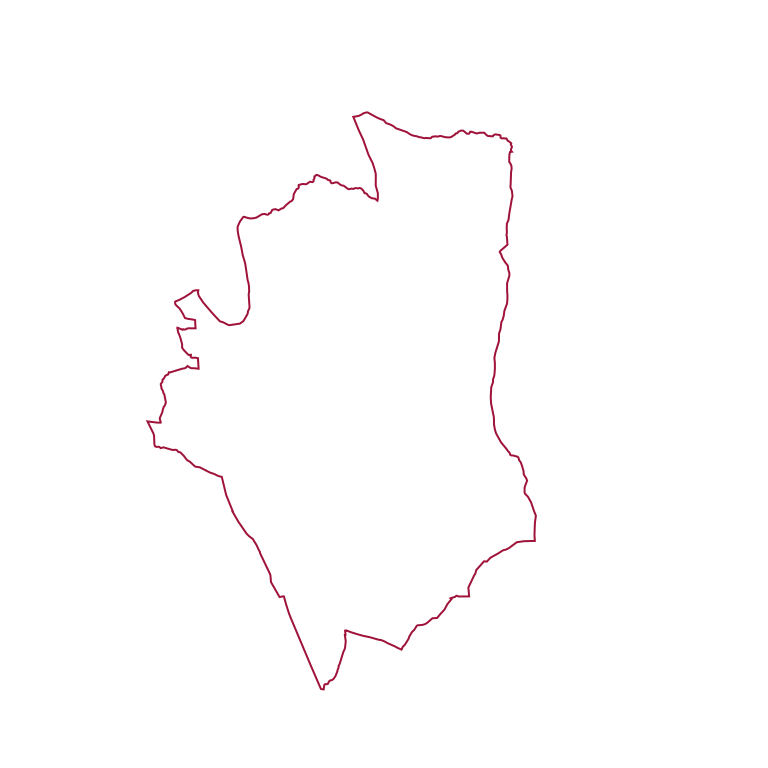 Firavitoba, Boyacá, Colombia (Equal Earth projection), rotated 135°
{"feature_id": "7082276B66462160006857", "entity_name": "Firavitoba", "entity_type": "district", "adm_level": 2, "iso_a3": "COL", "parent_name": "Colombia", "parent_adm1": "Boyacá", "projection": "equal_earth", "projection_center": [-73.017, 5.676], "detail": "fine", "context": "isolated", "style": "outline", "palette": "rose", "viewbox_px": 768, "rotation_deg": 135, "n_neighbors": 0, "source": "geoboundaries", "source_scale": "gbopen_adm2", "svg_char_len": 6142}
<svg xmlns="http://www.w3.org/2000/svg" viewBox="0 0 768 768"><g transform="rotate(135 384 384)"><path d="M644.2,212.8L642.6,210.7L639.0,213.4L638.3,213.5L637.9,213.4L636.9,212.3L635.9,211.7L632.6,212.6L631.7,212.4L629.8,211.3L627.9,211.2L624.8,211.8L620.0,213.9L618.9,214.7L616.9,215.5L615.2,216.8L612.9,217.6L602.2,223.3L599.6,224.2L597.7,225.3L592.9,229.2L589.1,234.3L588.5,233.9L586.0,237.0L585.3,236.2L584.9,236.4L582.5,231.1L579.1,224.7L576.6,220.3L573.2,215.2L568.7,207.1L567.1,205.0L565.7,201.7L564.6,197.9L561.8,190.7L561.2,188.4L559.4,183.8L556.5,184.9L553.5,184.9L547.0,186.4L544.1,187.8L542.8,187.9L541.8,188.4L539.5,188.8L536.3,188.8L532.1,189.8L531.0,189.7L527.2,186.5L524.8,185.2L522.5,184.6L515.4,184.1L511.9,181.0L506.7,181.5L500.8,181.7L494.9,183.5L488.3,184.2L488.4,185.4L484.2,183.2L483.1,183.2L482.1,182.7L481.7,181.2L474.0,173.6L468.3,180.4L455.6,184.9L453.6,185.3L450.3,187.2L438.6,187.9L436.9,185.7L431.4,185.9L423.6,183.6L417.3,182.2L415.1,180.8L412.0,179.7L402.0,178.2L396.2,173.9L388.3,166.4L384.3,170.9L375.6,179.0L369.7,183.5L367.8,188.0L363.7,196.3L361.9,202.7L361.9,206.6L361.2,208.0L358.1,211.1L357.0,211.8L351.1,214.5L350.1,216.8L349.2,221.1L346.6,224.2L343.2,230.7L342.6,232.4L342.3,234.6L341.1,236.6L340.9,238.0L343.3,242.2L344.4,243.4L344.8,244.6L343.8,246.6L343.8,249.0L343.3,251.5L342.5,260.1L339.6,270.0L337.7,273.5L334.9,277.5L329.9,282.7L322.0,294.6L318.1,299.0L310.4,305.9L305.6,308.2L303.6,310.2L300.5,311.7L298.5,313.2L294.9,316.3L290.8,320.4L287.6,324.3L283.4,327.2L273.1,332.6L271.8,333.6L267.2,338.2L262.9,340.4L257.2,344.8L254.6,345.6L251.2,347.5L247.0,350.7L240.4,353.7L237.1,356.4L233.9,359.5L231.4,362.5L225.6,368.3L218.8,371.9L216.9,373.8L215.2,377.1L212.9,379.9L212.5,382.0L212.4,383.5L211.3,388.8L210.4,391.1L209.5,392.8L208.8,395.6L207.5,395.9L198.2,395.2L192.9,401.3L192.3,402.6L191.1,403.3L189.3,404.9L187.1,407.4L183.7,410.5L179.7,412.1L175.9,415.2L162.9,424.4L160.4,425.8L156.9,430.3L155.7,433.3L154.9,434.3L153.2,435.7L144.5,443.8L141.3,446.2L139.6,448.3L138.7,450.6L138.4,452.5L133.2,457.5L130.9,458.9L129.3,457.8L129.3,459.1L129.0,459.5L128.3,460.1L125.8,461.2L125.0,463.6L123.9,464.1L123.8,464.6L124.0,465.5L124.0,466.6L124.5,468.6L123.8,471.0L124.0,471.4L124.8,471.9L125.7,473.3L126.8,474.0L127.1,474.6L127.4,475.3L127.3,475.9L126.2,477.0L126.0,477.5L126.1,478.2L128.4,481.3L129.2,482.1L131.2,482.5L131.8,482.2L133.1,483.3L133.5,484.1L135.0,485.6L135.3,486.5L135.5,488.3L135.4,490.7L138.5,493.9L141.3,495.6L143.3,499.6L144.4,501.3L145.1,501.4L145.8,501.0L146.8,500.9L148.0,501.8L148.4,502.6L148.8,506.9L149.5,508.0L150.3,508.7L152.5,509.6L153.5,509.8L154.8,509.5L156.3,510.5L157.4,510.2L162.1,511.2L163.5,512.2L166.1,515.1L168.4,519.1L169.8,520.3L171.2,521.0L172.6,523.0L173.5,523.3L174.5,524.4L175.2,524.8L176.8,524.7L177.6,525.1L180.5,528.5L181.8,529.4L183.6,532.5L184.4,533.4L185.9,536.4L186.9,537.7L188.3,540.1L189.1,542.5L189.8,546.2L194.7,556.3L195.1,559.9L196.1,563.0L198.0,566.9L197.7,570.9L199.1,573.6L200.5,577.1L203.5,587.5L204.6,588.6L207.7,590.2L208.8,590.2L212.4,591.5L216.8,594.6L222.6,580.8L225.9,571.6L232.9,557.0L235.8,548.3L238.2,543.6L240.9,538.9L242.5,537.1L249.6,530.1L253.4,523.3L257.3,519.4L259.0,518.3L259.2,519.1L259.2,521.2L261.3,524.1L262.1,527.0L262.1,528.4L261.7,530.6L262.0,531.6L262.8,532.7L261.9,535.2L261.8,537.9L262.1,538.9L262.6,539.8L264.0,540.6L265.4,542.5L266.0,543.0L267.6,543.5L268.9,545.2L270.7,546.3L271.3,546.9L271.6,547.8L272.3,552.7L273.5,554.4L273.9,555.5L274.4,559.5L275.8,560.9L278.2,562.2L279.0,562.9L279.2,564.2L278.2,565.6L278.2,566.2L279.3,567.7L279.4,569.8L282.3,575.4L282.9,578.0L284.0,579.7L285.8,579.7L286.3,580.0L286.8,579.7L287.7,578.6L289.3,578.3L290.4,577.2L291.4,577.2L292.0,577.5L293.0,579.0L293.7,579.5L297.3,580.1L298.1,580.6L300.2,583.1L303.5,585.0L304.1,584.7L304.5,584.0L305.8,583.0L306.5,582.9L307.9,583.6L313.1,582.2L314.1,581.7L316.2,579.9L317.9,578.9L320.1,578.7L321.3,579.3L327.1,579.8L330.9,579.6L332.4,580.6L335.7,581.3L337.2,584.5L339.0,585.7L340.1,586.1L342.9,585.2L343.5,585.2L344.4,585.9L345.6,585.6L346.4,585.9L347.0,586.5L348.3,588.8L350.3,590.3L356.6,591.9L358.5,593.1L360.8,594.9L362.1,596.4L363.9,599.5L364.3,600.6L365.1,601.5L365.8,601.6L371.1,600.7L375.9,598.9L377.3,597.8L379.4,595.4L382.4,591.2L387.9,582.1L392.7,575.1L396.9,567.4L407.3,553.4L408.0,551.9L410.4,548.5L413.8,544.9L416.4,543.0L424.6,533.6L425.7,532.7L428.3,531.8L431.2,529.9L439.0,527.9L443.2,528.6L451.7,534.9L452.4,536.0L454.3,541.9L455.5,543.8L455.7,544.9L455.3,555.7L454.2,569.7L452.7,577.0L452.1,578.4L450.9,580.2L449.0,581.6L450.6,583.2L453.2,584.8L456.0,584.8L463.7,586.5L469.8,588.4L472.9,589.8L473.7,589.8L475.1,588.0L475.3,586.7L475.2,582.2L475.4,580.6L476.5,576.1L478.1,571.3L476.4,568.5L473.2,564.2L472.4,562.8L477.9,556.6L482.6,561.4L484.1,562.5L485.3,562.7L486.4,563.4L487.0,564.0L487.3,564.8L488.1,564.8L489.8,568.9L490.3,569.9L490.6,569.7L493.5,565.2L493.5,564.6L495.2,560.9L498.7,554.8L501.1,552.4L501.6,549.2L501.7,543.3L501.3,542.3L499.9,541.2L501.4,540.0L501.5,539.0L501.4,538.5L498.5,535.6L497.3,533.8L504.3,525.9L506.6,528.8L509.1,531.5L509.5,532.4L510.3,535.7L512.4,535.6L514.1,536.2L516.0,537.6L527.3,543.6L527.8,544.4L530.0,543.4L532.1,544.3L533.1,544.4L535.7,543.5L537.4,543.7L539.2,542.2L541.8,541.9L542.4,541.2L543.6,539.2L544.4,538.4L545.3,535.3L546.3,533.7L546.8,531.8L551.3,525.2L553.8,523.9L556.1,523.5L558.1,522.5L560.7,520.8L566.5,518.5L567.3,517.8L568.9,514.8L569.3,514.6L571.7,517.1L577.7,524.8L582.2,511.6L583.6,509.5L588.7,504.1L589.8,502.3L589.9,501.6L589.4,500.5L587.6,498.8L587.3,498.0L587.3,496.6L584.7,495.1L580.7,487.8L579.7,486.4L577.9,484.9L577.4,484.0L577.2,483.3L577.5,482.0L577.4,481.2L576.3,479.6L576.4,474.3L577.0,470.5L577.0,469.3L576.2,466.1L576.0,459.9L575.8,458.9L573.2,455.4L569.7,444.5L567.6,440.3L566.4,436.5L564.4,433.0L574.1,417.1L581.0,400.8L581.3,401.0L584.4,389.5L587.0,375.4L587.0,371.5L586.5,368.4L586.4,367.1L588.1,360.0L590.1,354.6L590.3,353.5L591.3,351.9L599.0,330.1L599.7,328.9L604.0,323.8L608.5,307.2L605.2,305.0L605.0,304.5L608.9,297.7L613.3,289.2L615.4,284.4L634.6,237.3L644.1,213.3L644.2,212.8Z" fill="none" stroke="#9f1239" stroke-width="2"/></g></svg>